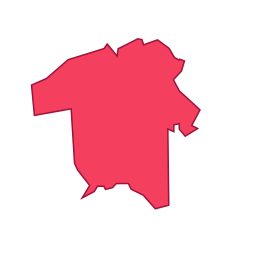 the district of Juba, Central Equatoria, South Sudan, rotated 245°
{"feature_id": "79223893B61077901252755", "entity_name": "Juba", "entity_type": "district", "adm_level": 2, "iso_a3": "SSD", "parent_name": "South Sudan", "parent_adm1": "Central Equatoria", "projection": "orthographic", "projection_center": [31.407, 4.711], "detail": "fine", "context": "isolated", "style": "filled", "palette": "rose", "viewbox_px": 256, "rotation_deg": 245, "n_neighbors": 0, "source": "geoboundaries", "source_scale": "gbopen_adm2", "svg_char_len": 718}
<svg xmlns="http://www.w3.org/2000/svg" viewBox="0 0 256 256"><g transform="rotate(245 128 128)"><path d="M168.5,203.9L168.1,203.0L172.2,199.9L182.8,198.9L195.4,192.0L196.8,177.3L202.3,178.0L204.7,174.5L204.3,164.0L204.0,152.6L197.8,148.5L212.9,144.7L211.7,142.6L210.1,139.9L215.2,102.5L207.3,75.0L207.7,58.7L179.0,48.5L169.4,84.6L118.5,64.6L111.1,64.6L92.1,69.0L84.0,56.9L84.7,70.6L88.1,75.7L85.3,81.6L81.9,81.6L80.5,88.8L82.6,93.9L77.5,104.9L71.3,104.9L60.7,113.4L43.3,118.6L40.8,132.3L110.3,163.7L105.3,168.0L111.5,170.9L110.3,176.2L105.3,174.0L96.4,176.4L98.1,190.9L103.3,186.8L114.0,200.9L139.9,190.2L152.6,189.5L157.0,200.5L164.9,207.5L168.5,203.9Z" fill="#f43f5e" stroke="#9f1239" stroke-width="1.5"/></g></svg>